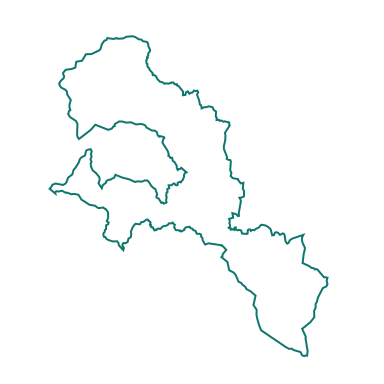 Riobamba, Chimborazo, Ecuador, rotated 189°
{"feature_id": "8360857B36561787951803", "entity_name": "Riobamba", "entity_type": "district", "adm_level": 2, "iso_a3": "ECU", "parent_name": "Ecuador", "parent_adm1": "Chimborazo", "projection": "albers", "projection_center": [-78.614, -1.707], "detail": "fine", "context": "isolated", "style": "outline", "palette": "teal", "viewbox_px": 384, "rotation_deg": 189, "n_neighbors": 0, "source": "geoboundaries", "source_scale": "gbopen_adm2", "svg_char_len": 6067}
<svg xmlns="http://www.w3.org/2000/svg" viewBox="0 0 384 384"><g transform="rotate(189 192 192)"><path d="M55.5,47.5L54.3,48.3L52.7,48.4L53.0,53.2L57.0,65.2L56.9,66.7L61.8,74.1L54.8,81.8L51.6,87.5L52.8,93.6L51.8,97.2L52.4,100.5L51.4,103.3L51.1,107.4L47.8,117.5L44.4,119.9L43.8,122.4L45.1,125.3L44.8,128.6L48.4,128.5L55.9,135.0L57.2,135.3L58.4,134.7L59.6,135.7L62.1,135.8L64.8,137.2L71.6,139.1L72.0,147.8L71.6,153.1L71.8,154.7L74.6,158.7L76.0,162.0L76.1,164.9L75.3,167.1L85.4,161.8L87.8,159.7L88.8,156.7L89.9,155.9L91.9,157.9L93.8,163.9L94.8,165.2L96.1,165.2L98.4,163.4L101.0,165.4L103.1,165.3L104.0,164.2L104.2,162.4L106.0,161.7L108.5,167.5L111.3,169.4L114.5,170.5L117.9,170.6L118.8,170.1L120.5,167.3L123.3,165.5L124.4,164.0L126.5,164.0L127.8,162.7L128.9,164.1L130.4,163.7L130.9,162.9L130.6,159.7L131.2,159.2L136.1,158.8L137.4,161.7L139.4,162.0L140.8,161.3L143.0,161.9L143.2,163.8L144.2,163.6L144.7,162.5L144.3,161.2L146.9,161.6L147.5,161.0L147.8,162.0L149.6,161.9L150.2,162.5L149.1,163.3L149.2,165.3L150.1,166.8L150.2,169.5L151.2,171.2L147.3,173.1L148.8,177.5L144.9,177.0L142.8,175.4L141.9,175.7L142.5,178.6L142.3,190.2L142.5,191.4L144.2,193.7L142.1,194.3L140.0,195.8L140.7,201.0L142.3,203.1L142.7,209.1L145.0,208.1L148.0,210.6L148.4,211.9L154.0,212.1L156.4,213.9L156.0,216.8L157.7,219.6L158.4,228.2L159.1,229.5L161.4,229.5L162.9,230.2L162.8,231.9L167.2,239.5L167.7,241.9L167.3,248.3L167.8,253.1L168.7,255.6L165.5,262.8L165.2,263.9L165.9,264.8L166.2,266.5L170.8,266.9L172.0,266.3L173.9,267.2L175.8,266.6L176.2,267.3L177.3,267.4L179.0,266.9L179.1,269.2L180.0,269.7L180.4,270.8L180.8,275.2L183.2,276.3L185.1,279.0L188.7,279.3L191.4,277.9L193.1,277.7L195.6,276.1L196.0,277.8L196.9,279.3L197.9,279.6L199.4,283.9L201.8,288.0L202.2,289.3L201.5,291.4L202.5,292.9L203.9,292.2L205.9,292.5L207.1,290.3L208.9,289.7L210.0,288.6L211.9,290.8L213.5,289.5L213.7,286.9L216.1,286.2L216.5,289.7L221.5,294.3L223.9,295.1L223.7,296.0L226.3,295.9L227.4,297.2L229.3,297.0L229.8,296.3L230.2,296.5L232.1,295.3L234.5,295.3L236.0,294.6L238.1,295.7L241.1,296.0L244.1,298.4L245.9,300.9L247.5,301.5L249.0,301.3L249.5,302.3L249.3,303.1L252.8,305.9L253.9,307.8L254.9,308.2L255.9,309.6L256.0,311.3L257.1,312.2L257.8,315.0L257.1,316.5L257.4,317.5L256.7,318.0L257.3,318.7L256.6,320.2L256.9,321.9L255.5,324.6L255.6,325.8L257.9,329.2L258.7,331.8L260.0,333.2L263.9,333.2L265.9,334.6L268.5,334.5L272.6,336.3L275.1,336.5L281.0,335.1L284.0,332.9L289.0,331.8L290.8,332.3L291.4,331.6L294.2,330.8L299.7,330.8L300.3,328.7L302.2,327.8L304.1,324.1L304.7,319.2L305.6,317.5L312.9,312.5L318.3,311.5L321.1,304.5L326.7,302.5L326.7,296.6L330.3,294.6L335.8,293.0L336.2,292.4L337.9,289.6L337.7,288.1L336.4,286.4L336.6,284.2L339.0,281.3L340.2,278.3L338.9,276.0L337.4,274.6L332.8,273.1L331.1,271.3L330.4,268.7L326.1,263.9L326.7,259.2L326.2,256.2L325.0,253.9L326.1,252.7L326.5,249.6L324.3,247.0L317.7,244.0L315.8,241.4L314.5,230.8L313.7,228.6L311.9,226.7L301.8,237.4L298.0,243.3L284.4,240.3L281.1,242.1L280.2,244.1L278.6,245.0L279.0,246.2L278.6,247.3L274.9,250.3L272.0,250.7L268.1,250.2L262.9,251.3L258.0,250.0L253.0,251.2L250.2,251.0L248.3,250.2L247.2,248.6L241.0,246.4L238.5,246.8L236.2,245.8L234.6,242.5L233.2,241.5L232.5,241.6L232.4,242.2L228.4,241.9L227.8,240.9L228.6,239.8L228.9,236.1L222.4,228.7L220.9,225.8L221.0,224.0L219.8,223.7L218.8,222.3L217.0,222.7L215.9,219.8L213.9,218.8L211.2,215.5L210.8,213.2L209.4,211.5L208.6,212.6L207.2,213.0L206.5,214.2L200.5,210.6L201.8,209.8L202.6,207.6L202.2,206.0L202.9,202.8L204.6,199.8L205.6,200.2L207.6,198.8L207.2,196.9L208.1,196.2L209.3,196.3L210.8,197.7L212.2,196.9L213.2,195.5L216.1,195.0L215.1,192.2L216.8,191.1L216.2,188.1L217.0,187.5L217.0,185.6L216.8,183.7L216.2,183.0L216.3,179.8L215.5,177.6L218.2,176.1L219.2,177.1L220.5,176.4L223.9,180.3L226.0,180.9L226.6,182.2L226.0,183.8L226.4,185.0L228.8,189.3L230.8,190.0L233.1,191.6L236.3,195.3L238.0,196.4L240.6,196.0L243.0,194.4L247.0,194.1L250.0,193.0L255.9,194.7L262.9,195.3L270.3,197.0L271.1,193.9L273.4,192.5L274.5,191.3L276.0,191.2L278.2,189.5L278.5,187.6L281.2,184.8L281.7,181.6L285.7,186.0L285.1,189.8L285.9,192.2L289.8,195.7L293.3,197.7L295.5,200.9L296.5,204.1L296.0,206.3L297.4,208.3L296.7,211.4L297.7,213.1L297.4,216.5L298.8,218.4L299.7,218.2L302.3,217.0L303.0,216.0L303.4,211.3L306.9,208.6L307.9,206.9L308.4,203.7L310.7,198.0L312.4,195.4L313.0,190.6L316.6,186.8L317.6,181.9L318.6,180.2L320.4,178.8L328.1,179.0L331.0,177.3L331.8,174.9L333.1,172.9L326.7,169.1L327.1,170.2L326.2,171.5L323.6,171.7L320.6,172.9L316.4,171.4L315.4,171.9L310.9,170.9L307.9,171.7L303.7,171.5L300.0,167.2L291.1,163.3L285.9,163.3L281.9,161.4L277.2,162.8L275.5,161.7L274.7,161.8L271.7,158.8L270.8,153.3L271.6,149.8L269.6,148.8L269.7,147.2L271.6,145.7L271.1,141.8L272.1,140.8L272.0,138.8L273.0,137.4L272.6,135.0L271.7,133.8L270.6,133.9L269.4,132.5L267.2,131.5L262.4,130.8L258.1,131.6L256.6,130.0L255.9,127.9L250.8,123.8L250.5,126.1L252.3,127.9L252.5,129.3L251.7,131.0L249.8,130.9L247.7,132.6L247.5,136.0L245.4,137.7L245.4,141.3L246.2,143.1L245.0,148.0L243.3,151.3L242.6,151.8L239.2,151.8L238.0,152.4L237.5,154.2L235.2,155.0L232.9,157.5L231.8,157.9L230.3,157.1L230.3,156.6L228.6,156.0L228.1,155.2L228.4,153.7L227.7,153.3L228.2,152.8L227.1,151.9L227.3,151.3L225.5,150.6L225.2,150.9L223.6,148.8L223.0,149.0L222.9,148.3L221.1,148.9L220.4,150.2L219.4,150.7L217.6,150.5L215.3,153.6L212.3,154.6L210.4,156.1L210.1,157.3L207.5,157.8L206.2,158.8L205.7,157.9L203.8,157.0L204.2,154.5L202.1,151.9L198.4,152.0L197.9,151.6L197.4,152.1L196.4,151.3L193.6,153.4L193.8,154.4L192.6,156.1L188.9,157.3L187.9,156.1L185.7,155.7L184.7,154.5L182.5,154.2L180.7,151.5L178.0,151.9L176.4,151.3L176.0,149.3L174.7,148.4L173.8,145.8L170.8,142.2L167.6,143.9L154.3,144.0L154.4,143.6L152.9,143.2L149.1,140.2L151.6,136.0L152.1,134.6L151.8,133.3L152.7,132.2L146.1,128.5L143.0,120.5L138.1,118.9L135.7,116.6L132.0,110.7L129.0,109.8L128.3,108.8L124.3,106.5L123.3,104.8L118.5,103.0L113.0,99.6L113.6,90.0L109.7,85.7L109.1,80.9L108.0,77.7L105.0,71.1L102.1,66.2L75.5,53.7L71.8,52.3L69.0,52.8L66.7,51.8L59.8,50.9L57.6,47.9L55.5,47.5Z" fill="none" stroke="#0f766e" stroke-width="2"/></g></svg>